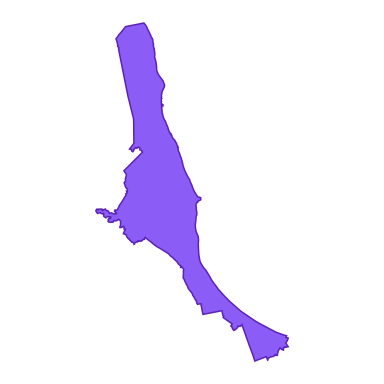 Engures pag., Engures, Latvia
{"feature_id": "27541924B28821818047362", "entity_name": "Engures pag.", "entity_type": "district", "adm_level": 2, "iso_a3": "LVA", "parent_name": "Latvia", "parent_adm1": "Engures", "projection": "orthographic", "projection_center": [23.212, 57.169], "detail": "fine", "context": "isolated", "style": "filled", "palette": "violet", "viewbox_px": 384, "rotation_deg": 0, "n_neighbors": 0, "source": "geoboundaries", "source_scale": "gbopen_adm2", "svg_char_len": 5971}
<svg xmlns="http://www.w3.org/2000/svg" viewBox="0 0 384 384"><path d="M286.5,335.7L282.8,334.7L275.6,332.0L259.9,323.7L255.5,321.2L241.1,311.4L229.8,301.5L224.5,296.1L218.4,289.4L216.2,286.2L213.6,283.0L211.1,279.1L209.8,276.6L206.3,270.9L203.4,267.3L201.1,263.6L200.3,262.0L199.9,260.8L198.8,254.5L198.3,245.2L198.3,242.8L198.6,240.2L198.4,238.6L198.3,236.9L198.1,236.3L196.3,231.9L195.9,230.4L195.4,227.5L195.3,225.7L195.5,222.9L195.8,221.2L196.1,217.0L196.2,216.1L196.8,215.0L196.7,214.2L196.9,212.7L196.3,209.3L196.3,208.5L196.4,207.9L196.0,206.3L196.1,205.6L196.0,204.2L196.2,203.6L196.8,203.0L197.1,202.2L197.8,202.2L198.2,200.9L199.5,200.5L200.6,199.9L200.8,199.7L200.7,197.7L199.9,197.3L197.8,197.0L195.4,193.3L193.5,189.8L192.5,187.3L192.2,186.2L191.6,184.6L190.3,181.9L189.7,179.9L187.9,176.9L184.8,170.6L183.0,165.5L182.8,163.9L181.6,159.6L181.1,157.7L180.2,155.7L179.8,154.1L178.5,151.0L178.1,148.8L177.8,147.7L178.2,147.3L177.7,147.0L177.8,146.4L177.7,146.2L177.4,145.8L177.4,145.6L177.0,145.2L176.6,144.3L176.6,143.2L175.7,142.3L175.6,141.8L175.3,141.7L174.7,140.0L173.9,139.5L172.7,137.9L172.6,137.6L172.2,137.2L171.8,135.5L171.0,134.7L171.3,134.1L171.0,133.8L170.7,134.2L170.2,133.4L170.1,132.9L169.5,132.3L168.1,128.6L168.0,128.2L168.0,127.7L166.1,123.3L165.4,121.1L165.1,120.9L164.7,120.1L164.2,119.6L164.2,119.3L163.3,117.2L162.7,114.9L162.7,113.9L162.2,113.1L162.1,112.3L162.2,112.1L162.0,111.7L162.1,110.5L161.8,109.9L162.0,109.6L161.7,108.9L161.7,108.3L161.9,108.0L161.7,107.5L161.8,107.2L161.5,107.0L161.6,106.7L162.0,106.4L161.7,106.1L161.8,105.8L162.1,105.6L163.0,105.8L162.9,104.9L162.9,104.5L162.1,104.1L162.0,104.5L161.5,104.8L161.4,104.7L161.7,104.4L161.3,103.0L161.3,101.6L161.5,101.4L161.3,101.2L161.3,99.2L161.5,98.7L161.8,98.4L161.4,98.0L161.6,97.1L161.5,96.9L161.5,96.4L161.4,96.1L161.5,95.9L161.5,94.6L161.8,93.9L161.8,93.5L162.0,93.1L161.8,92.4L162.8,90.0L163.3,89.3L163.4,88.5L163.9,88.0L164.4,86.6L164.4,86.0L164.7,85.5L163.9,83.2L163.4,82.0L163.1,80.9L159.3,75.9L158.1,73.9L156.9,71.0L156.6,69.2L156.5,68.5L156.7,67.3L156.5,66.3L156.3,65.1L156.4,64.2L156.1,63.1L155.9,61.7L155.6,60.4L154.6,56.8L154.8,55.6L154.8,52.8L154.3,50.3L154.4,50.0L154.2,49.0L154.3,48.4L154.0,48.0L153.5,46.6L153.4,45.9L153.5,43.8L152.8,42.0L152.9,40.7L152.7,39.4L152.2,38.6L152.2,38.2L151.5,37.5L150.9,36.1L150.6,35.0L149.6,33.3L149.5,32.7L149.0,31.9L148.7,31.1L147.4,28.7L146.6,26.6L145.7,25.2L143.9,23.0L125.6,26.6L119.7,33.9L119.1,34.4L118.5,35.2L118.2,36.0L116.0,38.7L117.3,43.0L117.7,45.2L117.6,46.4L119.0,47.8L118.9,48.4L118.5,48.9L128.0,96.4L133.5,118.5L133.7,121.8L133.9,143.3L129.5,149.1L130.3,149.4L130.9,149.2L131.4,149.5L131.7,150.2L131.8,151.2L132.5,151.7L132.8,151.7L133.1,151.6L133.8,150.2L134.0,149.4L134.4,149.1L134.3,148.6L135.3,148.1L135.4,147.7L136.0,147.6L136.2,147.9L136.8,148.3L137.1,148.2L137.5,147.6L138.4,147.3L138.4,147.0L138.8,147.0L139.5,147.9L139.6,148.6L140.1,149.0L139.9,149.8L140.0,150.0L140.9,150.0L141.3,150.3L141.4,150.7L141.8,150.8L141.9,151.5L142.5,152.2L123.9,170.8L126.2,174.3L126.4,175.0L125.3,179.4L125.6,181.0L124.1,182.8L124.9,184.6L125.3,186.4L126.1,187.9L127.4,189.1L127.3,191.0L127.2,191.3L126.5,191.2L127.0,192.9L126.4,193.4L126.5,193.4L125.2,196.6L124.7,197.1L121.7,202.2L119.5,205.2L117.4,209.8L115.7,210.3L115.1,209.9L114.5,211.2L115.0,211.7L115.1,212.1L115.7,212.6L116.4,212.9L116.5,213.3L116.3,213.7L115.5,213.7L114.5,214.1L114.0,213.8L112.2,213.3L111.7,212.9L109.6,213.3L109.4,213.2L109.5,212.8L108.8,212.0L108.6,211.1L106.4,210.5L106.2,210.1L105.6,209.9L105.3,209.5L105.3,209.1L104.0,209.6L103.5,209.6L103.4,210.1L102.5,210.6L101.9,209.8L101.9,209.1L99.7,209.1L99.1,209.2L98.7,209.8L98.1,209.2L97.7,209.5L97.6,209.2L96.9,209.1L96.4,209.6L96.2,210.5L95.9,210.6L95.8,210.9L97.5,213.5L99.7,212.7L100.6,212.8L101.0,213.5L102.7,213.9L103.5,213.5L103.8,216.3L105.9,217.8L107.3,216.7L110.5,216.6L110.9,217.6L110.2,217.8L110.3,218.1L110.0,218.5L109.0,218.3L108.5,218.9L108.2,219.5L108.5,220.0L108.4,220.4L108.0,221.1L108.1,221.5L108.9,222.1L112.9,222.3L114.1,220.4L115.1,220.9L116.8,220.7L118.2,219.3L118.6,219.6L118.7,219.4L120.6,221.0L120.5,225.8L119.7,227.1L119.9,227.5L121.2,227.6L123.7,226.4L124.1,226.9L124.1,229.1L125.3,229.2L125.4,229.5L124.3,231.3L123.4,233.8L125.7,234.4L126.3,234.8L126.1,235.2L127.0,237.0L128.5,239.0L129.4,239.1L129.7,240.1L130.6,240.8L131.7,242.2L132.2,242.0L134.0,243.4L134.0,244.3L134.7,243.9L134.7,243.3L134.8,242.9L135.7,242.1L136.5,241.8L136.8,242.0L136.8,241.8L137.6,241.6L138.2,241.5L138.4,241.4L138.4,241.2L138.5,241.1L138.4,241.0L138.5,241.0L139.1,240.9L139.1,241.1L139.5,240.9L139.6,241.1L139.8,241.2L140.4,240.9L141.0,241.2L141.3,240.9L141.7,240.9L142.3,240.2L142.7,240.1L142.9,239.7L143.6,239.2L144.5,239.4L144.6,239.2L144.6,238.7L144.8,237.8L145.2,237.4L147.2,239.1L150.8,241.8L153.5,244.2L156.8,246.6L159.7,248.2L168.5,253.7L170.5,256.0L172.7,257.6L174.5,259.5L176.1,260.9L178.1,263.2L178.0,263.5L178.8,264.4L181.0,266.2L180.8,266.4L180.6,267.4L181.1,267.5L181.9,267.1L183.6,268.9L183.5,269.2L183.7,269.3L183.4,270.6L183.4,273.5L183.2,278.2L184.1,279.2L184.6,280.7L185.6,282.6L185.9,283.5L187.8,286.7L187.9,287.6L188.4,288.8L192.3,293.6L192.5,294.8L193.2,296.0L194.1,297.2L195.1,299.2L196.6,301.7L196.8,303.1L197.6,304.3L200.8,303.7L202.3,311.2L203.0,314.4L221.9,310.7L222.9,315.5L223.6,316.2L223.2,317.6L232.1,323.9L231.5,324.9L231.6,325.2L231.1,325.5L230.9,326.1L231.8,326.7L232.0,327.1L232.4,328.5L233.5,330.1L233.8,329.6L234.6,330.2L237.7,327.5L238.0,326.1L240.0,326.4L241.9,325.2L242.0,324.9L249.7,346.6L252.5,353.9L254.8,361.0L266.4,356.7L267.5,359.9L267.7,360.1L268.3,358.3L270.3,357.0L273.2,356.5L274.5,355.7L275.3,354.6L275.7,354.9L275.9,355.3L277.2,355.4L278.2,351.2L279.9,348.0L280.9,348.4L281.1,349.0L281.5,349.4L282.3,349.2L282.2,349.5L283.5,350.1L283.5,347.7L284.6,347.0L284.7,347.4L288.2,346.7L287.2,345.3L285.9,342.9L287.0,341.2L288.2,338.3L288.2,338.0L285.9,337.3L286.3,336.0L286.5,335.7Z" fill="#8b5cf6" stroke="#5b21b6" stroke-width="1.5"/></svg>